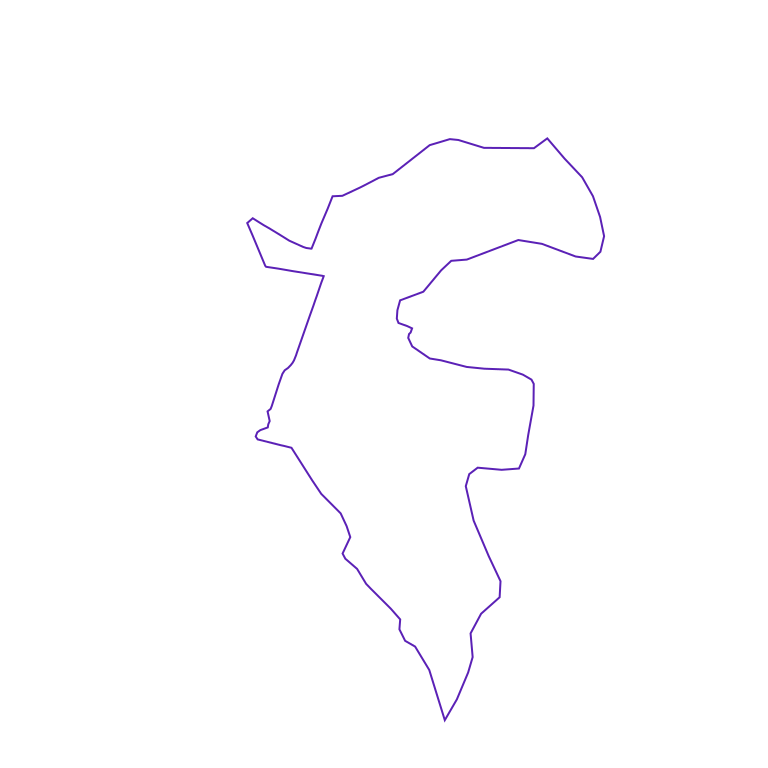 outline of Nioro, Kayes, Mali, rotated 292°
{"feature_id": "8926073B70352921020870", "entity_name": "Nioro", "entity_type": "district", "adm_level": 2, "iso_a3": "MLI", "parent_name": "Mali", "parent_adm1": "Kayes", "projection": "natural_earth1", "projection_center": [-9.59, 15.152], "detail": "fine", "context": "isolated", "style": "outline", "palette": "violet", "viewbox_px": 768, "rotation_deg": 292, "n_neighbors": 0, "source": "geoboundaries", "source_scale": "gbopen_adm2", "svg_char_len": 1857}
<svg xmlns="http://www.w3.org/2000/svg" viewBox="0 0 768 768"><g transform="rotate(292 384 384)"><path d="M229.6,571.1L244.8,565.9L263.8,545.4L290.9,518.3L319.9,498.1L332.4,496.8L341.5,502.2L348.5,525.2L356.2,540.8L371.8,541.3L390.8,536.8L420.0,530.7L440.2,522.8L443.3,519.1L444.7,509.2L444.6,507.0L444.0,494.0L435.8,471.4L430.8,454.3L427.3,427.9L424.8,416.9L429.4,396.1L435.8,389.2L439.7,388.5L441.7,389.4L446.1,389.2L446.4,383.8L446.0,374.6L449.4,371.4L457.4,368.8L467.6,367.6L484.3,385.9L510.8,394.4L523.4,400.2L530.4,414.2L551.6,437.1L567.8,454.6L573.1,477.9L574.0,513.9L578.3,531.0L587.7,535.1L603.5,532.7L619.8,521.8L636.4,507.4L649.9,490.3L660.6,467.0L672.9,443.4L658.8,434.7L640.4,388.2L638.1,361.5L635.7,353.3L627.6,343.2L622.6,336.9L581.9,313.5L573.2,301.9L560.5,291.1L557.2,288.2L542.9,274.9L539.3,267.1L538.8,266.0L525.4,266.1L509.3,265.8L501.2,265.9L492.8,266.1L482.4,266.1L482.2,265.8L482.1,265.6L482.1,265.3L481.0,261.0L480.8,257.7L481.4,242.5L483.3,231.7L485.1,220.8L485.2,220.4L486.2,213.0L487.3,206.8L488.5,200.2L482.0,196.9L472.2,206.8L449.1,229.6L448.5,230.8L450.9,240.8L451.4,242.9L454.5,257.2L461.2,286.2L461.4,287.7L459.3,287.8L454.5,287.9L440.4,288.7L435.5,288.9L430.2,289.2L420.2,289.6L380.4,291.5L377.7,291.7L376.0,291.7L374.4,291.7L373.1,291.7L372.2,291.7L369.4,291.3L366.6,290.5L362.9,289.0L359.5,286.8L355.4,286.0L344.1,286.5L342.8,286.6L321.5,288.2L318.4,288.2L315.0,286.3L306.8,291.9L303.3,291.8L300.2,292.5L294.9,286.6L291.7,284.6L287.3,284.7L285.3,287.6L288.6,311.4L289.1,314.2L290.2,322.1L267.7,353.6L258.6,367.0L247.8,392.3L238.2,402.6L229.4,410.1L211.3,409.1L207.5,413.6L202.5,428.3L192.0,442.3L189.1,448.8L178.2,474.5L171.8,487.2L162.3,490.2L153.8,499.8L152.2,511.2L135.8,533.1L95.1,566.3L118.9,569.7L148.0,570.1L164.0,568.5L185.2,557.7L207.4,560.1L229.6,571.1Z" fill="none" stroke="#5b21b6" stroke-width="2"/></g></svg>